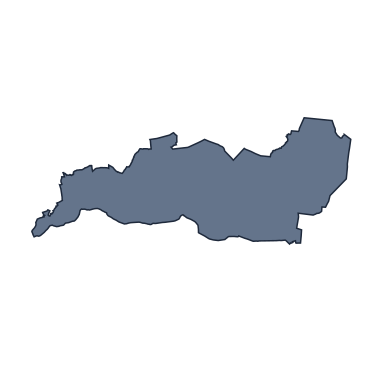 Pischia, Timis, Romania, rotated 174°
{"feature_id": "2599482B13356223768188", "entity_name": "Pischia", "entity_type": "district", "adm_level": 2, "iso_a3": "ROU", "parent_name": "Romania", "parent_adm1": "Timis", "projection": "equal_earth", "projection_center": [21.424, 45.908], "detail": "fine", "context": "isolated", "style": "filled", "palette": "slate", "viewbox_px": 384, "rotation_deg": 174, "n_neighbors": 0, "source": "geoboundaries", "source_scale": "gbopen_adm2", "svg_char_len": 5975}
<svg xmlns="http://www.w3.org/2000/svg" viewBox="0 0 384 384"><g transform="rotate(174 192 192)"><path d="M307.7,224.3L307.9,223.6L307.8,223.2L308.1,222.8L307.9,222.3L308.0,222.0L308.4,221.7L308.7,221.9L309.6,221.6L309.7,221.1L309.9,221.0L310.2,221.3L311.1,221.4L311.2,221.6L311.2,221.9L311.5,222.1L312.5,221.5L313.2,221.6L313.5,221.8L313.9,221.8L314.6,221.7L314.5,222.0L315.5,222.5L315.7,223.1L316.1,223.2L316.1,223.4L316.2,223.6L316.8,223.6L317.0,223.9L317.5,224.1L317.6,224.7L318.2,224.7L317.6,222.4L317.3,220.4L320.0,220.7L320.1,219.7L320.3,218.9L320.8,218.1L321.1,217.2L321.2,216.4L321.2,215.4L320.8,214.5L320.7,213.1L322.7,212.8L322.9,212.9L322.5,211.0L322.3,209.7L322.1,209.1L321.8,202.9L321.8,201.9L321.7,200.6L321.9,198.2L321.8,197.2L326.3,195.3L326.8,195.4L327.6,195.1L327.2,194.6L327.2,194.4L327.4,194.1L326.9,193.4L326.8,192.9L327.4,192.4L327.6,192.6L328.2,192.0L328.6,192.0L328.4,191.6L328.6,191.3L329.2,191.1L329.6,190.3L330.0,190.1L330.9,189.1L331.5,187.9L332.0,187.9L331.7,187.4L331.8,187.2L332.4,186.3L332.4,186.0L333.6,185.1L334.2,185.5L334.5,185.4L334.4,185.2L334.1,184.9L335.0,184.7L335.0,184.3L335.4,183.9L335.4,183.6L335.9,182.9L336.9,183.4L337.4,183.9L337.4,184.2L336.6,186.1L335.3,188.1L337.2,189.3L337.5,189.1L337.8,188.6L338.4,188.2L342.7,187.3L342.5,186.5L341.7,184.8L342.2,184.4L342.2,184.0L341.2,183.9L341.8,183.3L341.7,182.8L343.0,182.8L343.1,182.4L345.8,182.1L348.7,181.2L350.1,178.6L350.5,178.2L350.5,176.6L350.6,175.7L351.1,174.5L352.4,172.8L354.9,170.5L355.3,169.6L355.4,169.3L354.7,167.1L354.6,166.3L353.7,163.9L351.4,164.6L350.4,164.6L349.6,164.2L348.8,164.1L347.2,164.6L343.2,167.3L341.2,169.1L339.9,170.0L338.7,171.2L337.9,172.2L336.6,173.4L334.4,173.6L333.3,172.9L330.2,171.7L328.0,171.8L326.5,172.2L323.5,172.4L323.0,172.6L321.5,174.0L320.9,174.3L317.9,174.4L313.9,175.4L312.4,175.4L311.8,175.6L310.5,176.6L308.1,179.0L306.9,180.9L306.5,181.4L305.3,185.1L304.7,185.9L303.7,186.6L302.8,186.3L300.8,186.2L299.5,185.8L298.2,185.1L297.2,185.3L296.3,184.9L296.0,184.8L294.3,185.0L293.0,185.3L290.5,185.6L287.8,185.5L286.4,185.0L286.0,184.7L284.8,184.1L283.2,182.7L281.5,181.7L280.5,180.9L279.3,180.4L279.0,180.0L279.1,179.5L278.9,178.8L278.0,177.3L277.1,176.6L275.0,175.3L272.9,173.4L270.4,171.9L267.9,169.9L262.6,167.3L260.3,167.3L258.5,167.7L256.1,167.9L248.1,167.6L246.8,167.3L244.3,166.2L242.5,165.9L239.8,165.0L239.1,164.6L237.8,164.4L237.2,164.0L236.1,164.0L234.1,164.9L231.5,164.5L224.5,164.8L222.2,164.7L213.4,164.9L211.8,165.1L208.0,166.4L207.5,166.8L206.1,168.9L205.5,169.5L204.4,170.0L203.4,170.3L203.2,170.2L202.4,169.2L202.2,169.3L201.7,168.7L199.8,166.9L196.0,164.9L192.7,162.6L191.7,161.7L189.5,158.3L189.5,154.3L189.8,150.9L189.6,150.7L184.0,146.9L180.6,144.2L179.6,143.5L175.8,142.1L171.0,141.0L164.3,141.3L160.3,143.9L154.8,143.4L151.4,142.7L150.4,142.9L150.1,143.4L144.4,140.5L141.6,139.3L136.7,136.8L136.1,136.6L133.2,136.5L131.8,136.2L129.8,136.3L126.7,136.0L113.1,134.8L110.1,134.7L108.4,134.4L104.4,134.4L104.0,134.2L103.3,133.5L101.7,131.5L100.4,130.0L99.4,131.0L99.1,130.7L97.0,131.3L97.3,132.1L94.2,132.7L94.2,131.1L94.1,130.6L93.9,130.3L89.4,129.9L88.0,137.0L87.0,142.9L91.7,145.0L91.1,147.3L88.8,155.4L88.6,156.6L88.6,159.8L73.9,156.4L71.1,157.2L70.2,157.7L69.5,157.6L68.3,157.7L67.6,157.8L67.0,158.1L65.2,159.1L64.9,160.3L64.7,161.8L64.3,163.5L60.8,162.9L58.9,165.9L57.1,168.5L55.1,174.0L37.2,188.9L34.8,200.7L34.6,203.6L32.0,214.7L30.8,219.0L28.6,227.8L34.5,233.3L34.5,233.1L35.0,232.6L36.6,231.5L37.0,230.4L37.8,230.1L38.8,230.2L41.6,233.2L43.3,236.7L43.0,238.5L43.0,239.3L43.3,240.8L43.7,241.8L45.2,248.4L72.7,254.1L78.4,244.2L78.7,243.5L79.0,242.1L79.8,241.1L86.6,242.4L87.1,241.1L87.5,239.7L88.1,239.0L88.6,238.9L89.7,239.7L90.2,239.3L91.2,239.1L91.0,238.3L91.1,237.8L91.6,237.7L92.1,237.8L92.5,237.5L92.1,236.7L91.5,236.0L91.5,235.4L91.2,234.6L91.3,234.3L91.2,234.1L91.7,232.5L92.5,232.2L92.9,231.8L92.9,231.5L93.1,231.6L93.8,231.1L93.7,230.9L94.0,230.4L95.3,229.1L97.0,227.9L97.9,227.7L98.7,226.8L98.8,226.2L100.4,226.5L100.7,226.0L101.0,225.9L101.5,225.9L102.5,225.5L103.3,225.5L103.7,225.5L104.7,225.0L105.2,224.5L106.2,224.8L107.2,224.5L107.5,224.1L107.5,223.5L107.7,223.1L108.1,223.1L108.5,222.4L109.3,222.1L109.4,221.7L109.9,220.8L110.4,218.9L119.9,220.8L124.9,223.5L129.0,226.1L134.3,228.9L135.3,229.7L135.5,229.9L147.6,219.3L149.0,221.4L155.1,229.2L155.3,229.7L155.4,230.9L155.8,232.1L156.1,232.7L157.2,233.9L159.1,234.9L161.2,236.6L162.5,237.1L169.9,240.7L174.0,243.0L177.1,241.7L180.7,240.4L190.5,237.1L191.7,236.8L206.7,236.7L208.0,238.7L207.6,238.7L206.6,239.3L205.0,240.4L202.7,240.6L202.9,241.1L202.8,242.7L201.9,243.1L201.8,243.3L201.7,245.1L201.5,247.4L201.3,248.5L201.2,249.6L202.6,250.9L203.9,252.6L204.3,252.9L206.5,251.9L208.2,251.0L221.2,248.9L228.4,248.6L228.0,247.5L228.1,244.0L228.1,239.1L230.3,239.2L230.6,238.9L230.8,239.0L231.2,239.4L231.6,239.6L235.7,240.1L236.2,239.8L238.7,240.4L239.3,240.4L240.0,239.6L241.4,237.6L242.2,237.4L243.4,236.5L244.8,235.4L245.3,234.4L245.7,233.9L246.1,233.3L246.0,233.2L246.1,232.6L246.5,232.3L247.0,231.4L247.0,231.2L247.2,230.8L247.7,230.0L248.1,229.8L248.0,229.2L248.3,228.8L248.4,228.4L249.0,227.6L249.3,227.3L249.4,226.9L249.9,226.4L250.1,225.8L251.1,224.6L251.5,224.3L251.4,224.2L251.8,223.6L253.8,223.7L254.3,223.9L254.7,223.2L255.5,222.3L256.0,221.6L256.0,221.4L257.0,220.8L257.5,220.0L258.5,218.7L259.5,217.8L261.9,218.7L263.2,219.6L263.7,219.4L264.0,219.6L264.1,220.0L265.0,220.4L265.6,221.1L267.2,223.2L267.3,223.5L268.2,224.8L270.1,226.2L272.0,227.5L272.4,224.2L273.2,224.7L274.2,225.0L276.8,225.4L277.6,225.4L278.5,225.6L280.6,225.8L281.3,225.6L284.7,225.5L285.8,225.1L287.1,224.1L288.7,223.0L289.0,226.0L289.0,228.7L289.5,228.9L290.0,228.6L290.3,228.9L290.7,229.0L291.7,228.6L293.0,227.9L293.7,227.7L294.1,227.5L295.4,227.2L295.6,227.3L295.9,227.2L296.0,227.2L296.3,226.8L298.7,225.7L299.7,225.6L301.5,225.8L302.5,225.7L304.3,225.8L305.2,225.3L306.2,225.2L307.7,224.3Z" fill="#64748b" stroke="#1e293b" stroke-width="1.5"/></g></svg>